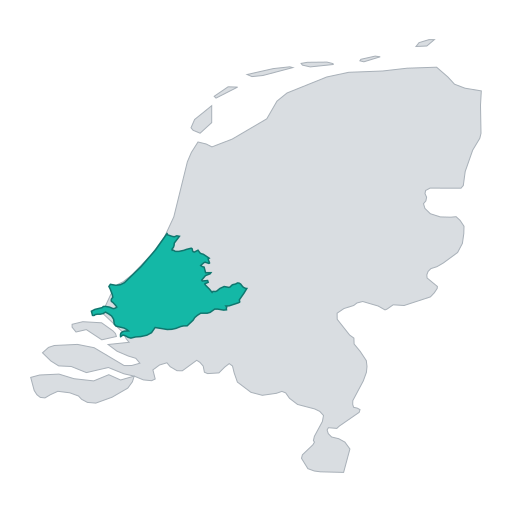 location of Zuid-Holland within Netherlands
{"feature_id": "NLD-3485", "entity_name": "Zuid-Holland", "entity_type": "Province", "adm_level": 1, "iso_a3": "NLD", "parent_name": "Netherlands", "parent_adm1": "", "projection": "natural_earth1", "projection_center": [4.558, 51.987], "detail": "fine", "context": "in_parent", "style": "filled", "palette": "teal", "viewbox_px": 512, "rotation_deg": 0, "n_neighbors": 0, "source": "natural_earth", "source_scale": "10m", "svg_char_len": 5067}
<svg xmlns="http://www.w3.org/2000/svg" viewBox="0 0 512 512"><path d="M343.6,472.4L331.5,472.1L320.3,471.8L314.3,471.0L308.0,468.7L307.9,468.7L305.0,464.0L301.5,458.3L302.4,454.8L312.9,444.8L314.5,442.1L313.4,440.6L314.4,436.3L322.4,421.5L323.5,415.5L319.8,411.4L314.6,408.9L297.6,404.5L289.5,398.3L285.7,392.9L281.9,391.4L276.4,393.3L262.3,395.3L250.9,392.3L237.4,382.1L234.2,373.0L232.5,366.0L229.2,363.6L224.6,367.2L218.9,372.9L207.6,373.6L204.4,372.2L203.8,369.1L203.2,366.1L200.0,362.4L196.7,360.3L182.3,370.8L177.0,370.7L170.2,366.7L166.9,362.8L159.5,365.0L152.9,369.9L155.2,379.0L151.6,380.7L143.4,379.9L134.2,376.1L123.9,373.8L108.3,367.5L86.4,372.6L71.3,366.5L58.7,365.9L50.9,361.0L42.5,352.8L48.5,347.4L54.3,345.5L77.4,344.4L94.1,347.7L124.2,365.6L131.8,365.5L139.9,363.2L135.8,358.3L128.2,356.0L117.0,351.2L108.1,344.5L129.1,342.3L126.2,338.8L123.4,332.8L101.4,312.1L105.2,306.4L110.8,294.4L117.7,284.4L123.2,281.7L132.3,274.6L152.0,253.9L164.5,236.9L173.8,216.9L187.4,161.7L191.4,152.4L198.0,142.0L206.2,144.0L211.9,146.9L232.2,139.1L266.8,118.8L277.0,101.1L287.0,93.0L326.7,77.0L348.7,72.3L382.6,71.0L407.1,68.2L436.6,67.2L447.9,77.0L454.5,84.2L465.0,88.2L481.3,90.9L480.5,105.2L481.0,133.3L479.8,138.3L472.7,150.1L465.2,171.5L463.3,185.5L461.0,188.2L430.0,188.1L425.6,190.5L425.0,193.6L426.6,197.2L425.9,200.8L423.5,203.7L424.9,208.4L430.3,213.7L440.2,216.9L450.7,217.2L456.1,216.7L460.1,220.4L464.0,226.3L463.8,233.6L462.4,243.4L457.6,252.5L443.3,263.0L436.9,266.7L430.9,268.6L428.1,271.4L426.8,274.9L427.1,278.0L437.4,286.5L437.2,288.4L434.3,292.8L430.4,296.9L404.1,305.5L393.2,304.8L387.0,309.1L385.0,309.9L378.1,306.0L362.7,301.5L356.9,303.0L353.7,305.5L344.0,308.5L337.1,313.2L337.2,319.3L349.6,335.0L353.9,338.1L354.1,344.0L360.2,351.4L366.3,360.6L367.0,366.5L366.4,372.4L363.3,380.9L352.8,400.6L352.7,404.4L353.6,407.3L357.2,408.1L360.0,409.6L359.2,412.3L339.4,426.0L336.8,428.4L328.4,427.7L327.1,430.0L328.3,433.7L331.6,437.0L338.7,438.7L344.9,442.1L349.9,449.0L343.6,472.4ZM134.2,376.1L132.4,381.8L127.8,388.1L112.1,397.2L95.8,403.1L87.4,402.4L81.6,399.3L78.5,396.0L69.8,392.8L57.8,391.3L50.4,394.7L45.0,397.9L40.3,397.4L36.9,394.7L34.2,390.5L30.7,377.4L39.7,375.0L59.0,374.1L74.0,378.7L93.7,380.9L108.8,374.7L120.6,380.0L134.2,376.1ZM101.6,322.8L113.1,331.0L115.5,333.6L116.4,336.5L101.8,339.8L86.3,329.6L76.0,332.0L72.1,327.2L72.1,324.3L82.8,321.7L101.6,322.8ZM211.7,122.6L200.1,133.2L193.1,130.3L191.0,127.8L194.6,119.5L211.7,105.7L211.7,122.6ZM262.9,75.5L252.0,76.6L247.1,74.5L273.3,68.6L289.8,66.8L292.8,67.6L262.9,75.5ZM333.2,64.5L310.2,66.9L302.4,65.1L301.1,63.4L307.4,62.3L327.0,62.1L333.0,63.6L333.2,64.5ZM237.6,87.1L216.0,98.1L214.2,96.3L228.1,86.8L237.6,87.1ZM426.8,46.0L416.0,46.5L419.1,42.6L429.1,39.6L434.4,39.6L426.8,46.0ZM380.2,56.8L363.9,61.8L359.9,60.8L360.9,59.3L375.2,56.1L380.2,56.8Z" fill="#d9dde1" stroke="#a8b0b8" stroke-width="1"/><path d="M120.6,336.7L120.5,336.2L120.5,334.4L120.9,333.1L122.4,331.8L124.4,331.1L128.4,330.9L127.2,329.8L124.2,328.1L116.0,326.1L114.3,324.2L113.6,319.2L111.6,316.0L108.8,314.0L105.5,312.1L103.2,313.5L100.2,314.2L97.2,314.2L94.9,314.7L94.5,315.3L93.6,315.5L92.5,315.4L91.4,311.2L94.9,309.4L102.2,307.6L103.3,306.5L105.6,306.4L109.5,307.1L112.8,308.5L113.3,308.6L114.1,308.5L115.4,308.1L116.8,307.1L115.9,305.7L112.9,302.4L112.1,301.9L111.4,301.3L111.2,300.3L111.4,299.2L112.0,298.3L112.5,297.7L112.8,297.3L112.4,294.9L110.2,289.0L108.9,286.5L109.6,285.4L110.4,284.3L115.8,285.3L120.4,284.7L124.4,282.7L141.2,266.5L155.6,249.8L167.5,232.9L166.4,234.4L171.6,236.2L172.2,236.4L174.3,236.8L176.8,235.8L179.4,236.3L174.5,242.8L174.3,243.1L174.2,243.8L174.1,245.2L173.5,247.2L172.0,249.2L172.2,250.3L173.5,250.2L174.7,251.1L175.2,251.3L176.0,251.4L178.9,251.4L184.0,250.3L186.4,249.4L191.2,248.2L191.8,248.5L192.1,248.7L192.6,250.9L193.0,251.6L194.3,252.1L198.0,250.2L199.5,252.3L200.1,253.0L200.8,253.5L203.4,254.3L209.2,258.2L208.1,258.9L208.6,260.5L209.3,262.2L209.5,262.7L209.5,263.1L209.2,263.3L208.7,263.4L206.8,262.7L206.2,262.6L205.8,262.5L205.4,262.2L204.8,262.3L204.2,262.5L201.4,264.8L200.7,265.5L202.3,266.6L204.1,267.1L205.6,272.7L210.9,272.7L210.1,273.8L205.5,275.6L201.7,280.1L202.3,281.0L207.6,280.5L208.2,282.3L206.7,283.0L205.8,283.3L205.1,283.5L204.7,284.0L205.7,285.4L209.5,289.2L212.1,292.4L212.9,291.4L215.6,291.5L216.7,291.1L220.0,288.4L223.8,286.7L224.1,286.5L228.9,287.4L230.1,287.0L231.8,285.2L232.9,284.6L235.6,284.0L236.6,283.4L237.7,282.9L239.3,283.2L240.7,284.1L242.4,286.3L243.5,287.4L245.7,288.4L246.8,288.5L243.9,293.3L243.4,294.0L239.3,299.9L239.5,300.7L239.7,301.4L239.7,301.8L239.6,302.2L238.4,302.8L229.3,305.8L225.9,306.0L226.7,306.9L226.7,307.2L226.3,308.4L226.5,309.8L223.7,310.1L217.7,309.1L214.7,309.1L210.1,312.4L207.2,313.2L200.7,313.2L197.4,315.3L194.8,317.5L193.1,320.2L187.2,325.8L183.5,325.9L180.8,326.5L175.9,328.4L171.8,329.3L167.3,329.5L155.1,327.5L151.5,332.7L146.9,335.2L140.6,336.6L135.7,336.9L130.9,338.1L128.1,337.3L125.6,335.9L123.0,335.0L121.0,336.4L120.7,336.7L120.6,336.7Z" fill="#14b8a6" stroke="#0f766e" stroke-width="1.5"/></svg>